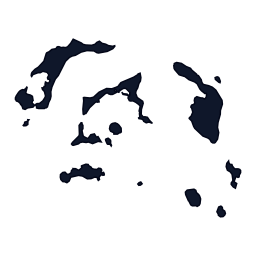 the district of Motu, Tonga
{"feature_id": "48082658B71435976816388", "entity_name": "Motu", "entity_type": "district", "adm_level": 2, "iso_a3": "TON", "parent_name": "Tonga", "parent_adm1": "", "projection": "orthographic", "projection_center": [-174.08, -18.719], "detail": "fine", "context": "isolated", "style": "filled", "palette": "ink", "viewbox_px": 256, "rotation_deg": 0, "n_neighbors": 0, "source": "geoboundaries", "source_scale": "gbopen_adm2", "svg_char_len": 5723}
<svg xmlns="http://www.w3.org/2000/svg" viewBox="0 0 256 256"><path d="M222.0,100.3L215.8,90.1L212.3,87.2L208.7,85.7L203.5,84.5L202.7,83.7L201.8,82.2L201.2,79.7L198.4,75.6L197.0,75.2L196.6,74.2L191.9,70.2L190.5,68.3L186.1,66.5L181.4,63.4L176.6,62.5L174.3,63.5L174.2,65.2L173.8,65.4L174.1,68.4L174.8,69.7L179.2,74.8L185.0,76.6L189.0,79.7L194.6,81.9L197.2,83.8L199.9,89.0L201.5,90.8L205.0,93.6L206.1,93.3L206.6,94.2L206.2,97.3L204.5,99.1L202.7,98.0L200.7,97.9L196.8,96.7L194.8,98.1L194.3,100.4L194.8,103.1L193.7,104.4L191.8,105.0L191.0,106.2L190.9,107.3L191.7,108.2L192.8,112.2L191.1,116.2L189.4,117.7L189.2,118.5L191.7,121.0L193.7,126.5L194.8,128.4L203.0,136.1L207.7,137.9L209.8,139.3L211.3,142.0L212.8,142.9L214.6,142.9L215.3,142.4L217.5,139.2L218.7,132.6L217.5,127.5L218.0,122.5L220.3,114.2L220.4,110.5L222.4,104.1L222.0,100.3ZM55.3,79.1L58.3,75.5L65.5,61.3L69.5,57.4L72.2,56.0L75.4,55.3L81.1,52.1L86.9,50.6L93.9,50.9L96.9,52.7L98.6,53.0L107.3,51.4L112.8,48.7L114.8,46.3L114.7,45.7L112.7,46.3L108.4,45.6L105.7,44.2L102.0,43.3L99.4,41.2L96.8,42.4L95.1,44.2L91.7,45.3L85.7,45.0L83.0,44.3L81.4,43.0L73.2,39.2L70.7,43.3L67.5,46.9L65.5,47.6L63.2,47.3L61.2,47.6L59.0,46.7L57.8,46.7L57.0,47.0L55.9,48.7L51.9,49.4L49.0,51.8L46.9,52.7L46.3,53.4L43.9,61.2L38.4,67.1L35.0,69.3L32.0,72.4L31.4,73.9L31.2,75.8L31.7,76.5L32.9,74.6L38.0,72.7L40.3,72.7L42.8,71.3L47.1,72.3L48.9,74.9L47.5,77.6L47.7,78.8L48.1,79.3L49.6,79.2L50.0,79.7L49.6,81.0L49.8,81.6L48.2,83.3L45.5,82.0L45.0,84.2L45.5,85.1L45.3,86.0L44.9,86.4L44.3,86.2L43.3,87.8L42.0,87.9L42.5,89.5L44.4,91.5L45.5,95.9L45.1,97.3L42.8,100.9L39.5,103.5L37.0,103.6L35.8,104.3L35.6,104.9L36.6,106.8L36.6,108.0L38.6,108.5L44.4,108.5L45.4,107.8L46.1,107.9L47.4,106.9L48.8,102.1L50.3,99.2L51.0,96.2L50.8,91.7L51.9,87.0L55.3,79.1ZM142.7,101.3L137.2,97.5L135.6,93.2L136.1,90.7L137.7,87.9L138.9,83.5L140.4,81.1L140.9,77.6L140.1,73.2L138.3,73.9L138.5,74.2L133.7,77.2L121.2,82.5L120.5,83.0L120.3,83.9L119.6,84.1L118.3,86.2L116.3,87.2L111.8,88.8L106.6,88.5L99.0,92.2L93.5,97.2L90.1,98.0L84.0,97.4L83.4,97.7L83.7,100.9L82.9,109.1L83.2,114.1L83.8,114.5L84.8,113.7L85.9,113.5L89.6,107.7L95.1,102.5L96.4,101.7L97.1,102.2L99.1,101.9L98.9,100.7L98.4,100.5L98.5,99.5L105.5,93.5L107.3,92.8L108.7,93.9L110.7,94.5L112.6,94.4L116.3,92.5L115.8,91.5L115.4,91.8L114.6,91.2L114.3,90.1L114.9,89.3L116.2,90.1L116.9,91.7L118.8,92.3L119.1,92.0L118.4,91.9L119.6,90.1L120.4,90.3L122.8,88.7L124.4,88.3L126.1,88.6L129.8,92.4L129.7,94.9L129.4,96.0L127.1,94.1L123.2,93.7L121.8,92.1L123.0,94.4L127.2,95.2L128.2,95.8L128.5,96.5L128.0,98.0L129.3,100.6L130.3,101.0L133.0,100.9L135.8,102.3L138.9,104.6L140.2,106.2L139.1,111.0L139.8,113.0L139.4,113.7L139.8,116.5L139.6,117.2L138.6,117.9L138.9,118.6L141.8,119.1L143.3,120.2L143.7,121.3L146.2,122.8L148.9,122.1L152.4,123.3L149.6,120.5L147.4,117.3L145.0,116.8L143.1,116.9L141.2,114.5L141.4,109.5L143.2,103.3L142.7,101.3ZM78.5,175.4L82.5,176.0L87.3,178.8L91.2,178.6L94.4,177.2L96.3,177.3L97.5,177.8L97.5,179.0L98.3,180.4L99.5,179.5L99.0,177.6L99.9,176.0L101.9,174.5L102.8,175.3L104.1,175.1L104.3,174.1L103.6,172.4L103.1,172.3L102.2,173.2L101.3,172.5L101.0,171.8L101.7,170.2L101.3,169.1L100.5,168.5L98.5,168.2L97.1,169.4L93.9,169.2L91.7,168.4L91.3,167.3L88.7,165.6L88.2,164.5L85.9,164.2L81.9,165.7L82.1,165.9L81.5,166.4L82.0,167.5L79.6,169.7L78.4,170.2L75.7,168.7L73.6,168.6L73.8,168.8L72.8,169.2L71.5,170.6L71.1,172.7L69.1,174.2L66.7,174.2L65.4,172.4L64.6,172.2L62.7,172.5L60.5,174.5L60.3,177.2L60.9,179.6L62.8,181.6L66.0,181.9L65.9,182.3L66.9,182.7L69.2,181.0L70.7,177.2L78.5,175.4ZM33.1,100.5L32.4,96.3L30.5,95.1L27.1,94.2L25.7,92.9L27.1,87.5L26.8,87.1L25.9,88.3L26.1,88.6L24.6,89.3L24.4,89.9L22.4,89.6L20.2,90.7L18.7,92.2L16.3,95.8L15.4,97.9L15.5,99.7L16.2,100.3L16.4,101.0L18.4,101.7L20.5,103.7L20.6,104.6L21.2,104.6L22.3,106.7L22.9,108.7L25.1,109.4L27.6,107.9L33.0,107.1L34.5,105.4L34.0,104.6L32.3,103.4L32.1,102.4L32.5,100.9L33.1,100.5ZM81.1,122.7L79.1,125.4L79.4,134.3L78.9,136.0L72.5,142.4L71.5,144.0L72.4,145.1L73.4,145.3L78.6,143.8L79.8,142.6L82.6,142.0L86.1,142.5L88.4,142.0L92.6,143.6L98.1,141.4L101.2,141.9L98.0,136.6L96.8,137.1L96.1,136.7L94.4,133.9L90.8,134.7L88.2,138.3L87.1,138.3L83.8,136.6L83.1,135.7L82.1,131.2L82.1,129.8L82.9,128.8L82.9,125.3L82.2,124.4L81.9,122.8L81.1,122.7ZM187.2,190.1L185.4,192.1L185.7,194.6L188.4,200.7L188.7,200.7L190.8,204.9L192.3,205.8L196.3,205.7L197.1,206.4L199.1,205.3L200.0,203.7L200.6,198.9L199.6,196.0L198.7,194.6L196.4,192.5L195.8,190.3L194.0,189.2L187.2,190.1ZM231.9,164.5L229.8,164.3L228.8,162.4L228.6,161.0L226.8,163.3L226.2,166.7L227.4,170.2L230.3,171.9L232.1,174.4L232.9,180.0L232.6,181.1L231.3,182.8L231.2,184.4L233.2,186.9L235.4,188.2L236.7,183.5L234.3,181.9L234.2,181.3L235.7,177.2L236.7,176.7L238.0,177.4L239.1,176.9L239.3,175.1L240.6,172.7L240.6,170.5L239.7,169.4L238.2,168.9L234.7,168.9L232.5,166.2L231.9,164.5ZM110.1,125.7L109.5,128.8L110.3,130.7L110.7,131.3L113.8,132.7L113.9,134.1L117.5,134.1L119.8,132.6L120.5,132.7L121.3,131.9L121.1,128.1L118.9,125.1L117.4,123.8L115.2,122.9L112.6,123.4L111.3,124.1L110.1,125.7ZM220.9,206.1L218.7,207.0L216.9,211.8L218.2,214.0L218.4,215.3L220.4,216.8L223.0,216.6L224.6,215.2L225.4,213.5L224.7,211.1L222.6,209.6L222.3,207.3L220.9,206.1ZM106.2,139.0L105.6,139.4L105.7,140.5L107.1,143.7L107.6,144.2L110.0,144.3L111.2,146.0L111.5,145.3L110.6,143.5L110.7,140.9L110.1,139.7L108.1,138.2L105.7,139.1L106.2,139.0ZM217.1,76.8L215.1,77.6L215.4,79.4L218.9,82.3L220.0,82.7L220.3,81.3L219.1,78.1L218.5,77.3L217.1,76.8ZM28.9,119.8L27.8,119.7L28.0,120.7L27.7,121.1L24.7,122.2L24.4,124.0L23.2,125.4L23.6,125.8L26.0,125.7L27.8,124.5L27.9,121.2L28.9,119.8ZM139.1,182.6L137.8,184.0L138.8,185.3L140.5,185.1L142.1,183.8L140.8,182.0L139.1,182.6Z" fill="#0f172a" stroke="#020617" stroke-width="1.5"/></svg>